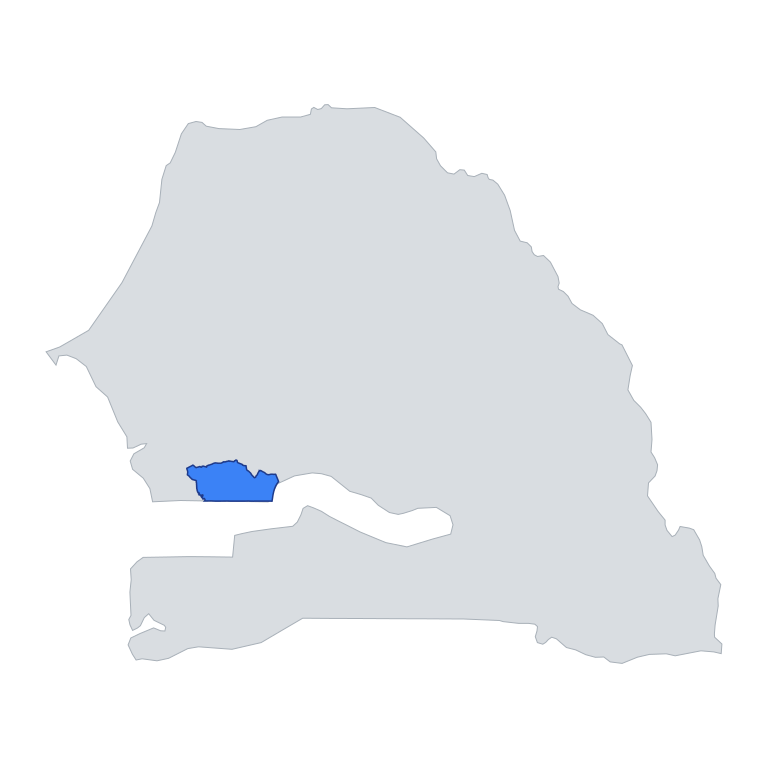 Nioro Du Rip, Kaolack, Senegal (highlighted)
{"feature_id": "50182788B29473400533502", "entity_name": "Nioro Du Rip", "entity_type": "district", "adm_level": 2, "iso_a3": "SEN", "parent_name": "Senegal", "parent_adm1": "Kaolack", "projection": "natural_earth1", "projection_center": [-15.905, 13.752], "detail": "fine", "context": "in_parent", "style": "filled", "palette": "blue", "viewbox_px": 768, "rotation_deg": 0, "n_neighbors": 0, "source": "geoboundaries", "source_scale": "gbopen_adm2", "svg_char_len": 8393}
<svg xmlns="http://www.w3.org/2000/svg" viewBox="0 0 768 768"><path d="M622.0,344.9L632.4,365.5L630.2,375.4L627.9,389.9L633.8,400.4L640.7,407.3L645.6,413.6L651.0,422.3L652.0,439.5L651.0,452.0L654.6,457.7L657.6,464.8L657.0,470.7L655.1,476.0L648.5,482.9L647.5,495.9L658.2,511.6L665.1,520.1L665.1,525.0L667.0,530.4L672.1,536.6L675.2,535.1L678.6,530.0L680.1,526.5L689.3,528.1L693.7,529.7L699.6,539.9L701.8,546.7L703.2,555.3L709.4,566.0L714.8,573.5L716.0,578.2L720.8,584.6L717.9,598.7L718.2,606.0L715.1,625.0L714.4,633.9L714.6,637.2L721.9,644.0L721.2,653.6L713.8,651.9L700.9,650.8L675.2,655.8L666.3,653.8L649.4,654.4L637.4,657.2L622.1,663.4L610.2,661.9L603.8,657.0L595.4,657.3L585.8,654.7L575.7,649.9L566.4,647.5L556.4,638.8L551.7,637.2L548.4,639.5L545.7,642.4L542.8,644.2L537.4,642.6L535.3,636.7L537.0,630.9L537.5,626.6L534.9,624.2L528.8,623.4L519.0,623.4L503.1,621.6L499.5,620.5L463.9,619.0L427.0,618.8L395.8,618.7L356.3,618.5L328.6,618.4L302.7,618.2L282.7,629.9L261.1,642.6L232.0,649.3L198.5,646.8L187.8,648.6L176.7,654.2L168.6,658.3L157.0,660.8L142.1,658.8L136.1,660.0L132.4,654.2L128.1,644.9L130.8,638.0L139.9,633.6L153.6,627.9L160.7,630.8L164.9,631.0L165.7,627.3L164.3,625.3L154.0,620.3L148.7,613.7L144.3,617.6L140.4,625.7L137.3,628.1L132.6,630.4L130.0,624.9L128.8,619.5L131.0,615.4L129.9,592.1L131.2,579.8L130.5,568.9L137.0,561.8L143.1,557.4L167.0,557.0L189.3,556.6L210.7,556.8L232.6,557.1L234.7,535.4L241.6,533.7L252.0,531.5L271.3,528.8L292.7,526.3L297.3,522.1L300.9,514.9L303.1,508.4L307.6,505.7L313.6,507.9L321.4,511.3L329.6,516.5L339.0,521.3L345.2,524.4L360.2,532.0L385.8,542.6L406.9,546.9L432.4,539.1L450.7,534.1L453.0,524.8L450.1,515.7L436.4,507.4L417.8,508.3L412.1,510.6L403.4,513.3L398.2,514.4L389.4,512.5L378.3,505.3L371.2,498.1L361.4,494.7L349.8,491.3L331.2,476.4L321.4,473.7L312.2,472.9L294.5,475.9L277.3,483.8L268.2,501.9L250.9,501.6L214.2,501.1L180.5,500.5L152.6,501.8L149.9,488.6L143.3,478.2L132.6,469.3L130.2,461.0L133.9,453.8L144.2,447.8L146.6,443.6L141.1,444.2L133.0,448.0L127.5,448.2L126.9,436.8L117.8,422.0L107.6,397.0L96.0,386.7L86.3,366.5L76.2,358.7L66.9,355.1L58.9,355.9L56.0,365.1L46.1,351.8L59.7,347.0L88.7,330.3L122.0,282.6L151.9,226.0L155.8,212.6L159.5,202.5L161.9,179.3L166.2,165.6L170.2,162.9L175.3,152.4L181.4,133.8L188.3,123.6L196.0,121.5L202.0,122.4L206.3,126.2L218.9,128.6L239.8,129.5L255.9,126.7L267.2,120.3L282.2,117.0L300.7,117.0L310.4,114.3L311.4,109.0L313.8,107.4L317.7,109.5L321.3,108.6L324.7,104.8L328.1,104.6L331.5,107.8L347.0,108.8L374.7,107.5L400.2,117.3L423.7,138.0L435.8,151.9L436.6,158.8L440.5,165.8L447.5,172.8L454.0,174.1L459.8,169.7L464.3,170.1L467.7,175.5L474.3,176.6L481.8,173.3L487.1,174.5L488.1,177.7L489.3,179.4L492.9,180.1L497.8,184.2L504.6,195.2L510.2,210.6L514.5,230.3L520.2,241.1L527.2,242.8L531.3,246.9L532.1,251.6L534.2,254.7L537.5,256.5L543.5,255.5L550.4,262.1L558.0,276.6L559.2,283.1L558.0,286.6L558.5,289.2L563.4,291.6L568.1,296.3L572.0,303.5L580.3,309.8L593.1,315.3L602.3,323.6L607.9,334.6L619.6,343.8L622.0,344.9Z" fill="#d9dde1" stroke="#a8b0b8" stroke-width="1"/><path d="M246.1,465.9L245.8,465.8L245.4,465.7L245.1,465.6L244.8,465.6L244.6,465.7L244.3,465.6L243.8,465.6L243.0,465.2L242.8,465.0L242.7,464.9L242.6,465.0L242.4,464.8L242.3,464.6L242.0,464.3L241.6,464.2L241.0,463.9L240.9,463.9L240.7,463.8L240.5,463.7L240.2,463.6L239.9,463.5L239.7,463.5L239.6,463.4L238.9,463.1L238.2,462.9L237.8,462.6L237.4,462.2L237.3,461.6L237.2,461.0L237.1,460.7L236.8,460.4L236.7,460.2L236.2,460.1L235.8,460.1L235.7,460.3L235.4,460.5L234.6,460.8L234.5,461.1L234.2,461.3L234.0,461.6L233.6,461.7L233.2,461.6L232.9,461.6L232.3,461.5L232.0,461.4L231.3,461.4L230.6,461.2L230.2,461.2L229.8,461.0L229.4,461.0L229.2,461.2L228.8,460.9L228.7,461.0L228.4,461.1L228.1,461.2L227.5,461.2L227.1,461.4L226.8,461.4L226.8,461.5L226.1,461.6L225.8,461.7L225.7,461.8L225.1,461.9L224.9,461.8L224.7,461.9L224.4,461.9L224.1,461.9L223.7,462.0L223.7,461.9L223.4,461.8L223.2,461.9L222.7,462.4L222.6,462.5L222.3,462.6L222.0,462.7L221.6,463.0L221.4,463.1L220.8,463.2L220.5,463.2L220.2,463.2L220.0,463.3L219.7,463.2L218.9,463.2L218.3,463.2L218.1,463.3L217.9,463.2L217.6,463.1L217.4,463.2L216.4,463.0L216.1,463.0L215.9,462.9L215.2,463.0L215.0,462.9L214.3,463.2L213.6,463.3L212.9,463.6L212.7,463.8L212.1,464.1L211.9,464.1L211.7,464.3L211.3,464.4L211.2,464.4L211.0,464.5L210.4,464.6L210.0,464.8L209.6,465.0L209.2,465.0L208.9,465.2L208.7,465.1L208.4,465.3L208.0,465.5L207.8,465.6L207.7,465.5L207.3,465.6L206.9,465.9L206.8,466.2L206.7,466.3L206.7,466.5L206.6,466.8L206.6,467.0L206.4,467.1L206.1,466.9L205.2,466.7L204.9,466.5L204.6,466.5L204.3,466.5L203.3,466.1L203.1,466.2L202.9,466.2L202.4,466.2L202.2,466.2L202.0,466.4L202.0,466.7L201.7,467.0L201.3,467.2L200.9,467.1L200.7,467.0L200.6,466.9L200.4,466.9L200.1,466.6L199.9,466.5L199.6,466.6L199.3,466.7L199.0,466.8L198.8,466.8L198.7,466.9L198.5,467.0L197.1,467.3L196.8,467.4L196.7,467.4L196.5,467.6L196.3,467.6L196.1,467.6L195.9,467.5L195.3,467.1L194.2,466.1L193.9,465.8L193.8,465.7L193.2,465.3L193.1,465.2L192.9,465.1L191.5,465.9L189.9,466.7L188.5,467.4L187.7,467.9L187.1,468.1L186.8,468.3L187.0,469.4L187.1,469.8L187.3,470.1L187.4,470.4L187.5,470.8L187.7,471.8L187.7,472.7L187.6,473.1L187.4,474.8L188.4,475.6L188.8,475.9L189.0,476.0L189.5,476.6L189.8,477.0L190.1,477.4L190.4,477.7L190.5,477.8L191.0,478.2L191.1,478.3L191.6,478.9L192.1,479.2L192.1,479.3L192.4,479.5L192.8,479.5L193.1,479.7L193.3,479.7L193.5,479.8L194.2,480.0L194.5,480.1L194.9,480.1L195.0,480.2L195.3,480.3L195.5,480.4L195.7,480.5L195.8,480.5L196.0,480.5L196.3,480.8L196.2,481.0L196.3,481.4L196.3,481.6L196.3,482.5L196.5,482.7L196.5,483.3L196.6,483.8L196.6,484.0L196.5,484.3L196.6,484.6L196.6,485.0L196.6,485.3L196.6,485.5L196.7,485.8L196.6,486.2L196.7,486.4L196.7,486.5L196.7,486.9L196.8,487.1L196.7,487.3L196.7,488.1L196.8,488.2L196.8,488.4L196.8,488.9L196.9,489.1L197.0,489.2L197.1,489.5L197.2,489.8L197.1,490.0L197.2,490.6L197.3,490.7L197.4,491.2L197.5,491.4L197.5,491.6L197.6,491.9L197.7,492.1L197.8,492.2L198.0,492.2L198.3,492.7L198.4,492.8L198.5,492.9L198.5,493.0L198.9,492.8L199.0,492.9L199.1,493.1L199.4,494.0L199.1,494.5L198.9,494.7L199.1,494.9L199.2,495.0L199.5,495.0L200.2,495.0L200.4,495.0L200.6,495.2L200.7,495.3L200.9,495.5L200.9,496.0L201.1,496.3L201.3,496.3L201.5,496.1L201.6,495.9L201.7,495.4L201.7,495.2L201.9,495.0L202.4,494.9L202.6,494.9L202.9,495.1L202.9,495.4L202.9,495.5L202.7,496.1L202.6,496.3L202.4,496.6L202.1,496.9L201.7,497.3L201.8,497.4L201.9,497.6L202.7,498.3L202.8,498.5L202.8,498.8L203.0,499.1L203.3,499.0L203.5,498.7L203.9,498.4L204.1,498.4L204.3,498.6L204.7,499.0L204.8,499.2L204.9,499.4L204.9,499.6L205.0,499.9L205.0,500.2L204.7,500.8L204.5,501.0L205.2,501.0L211.1,500.9L215.3,501.1L216.0,501.1L217.3,501.1L218.8,501.1L219.6,501.1L227.3,501.0L230.1,501.1L232.2,501.1L244.8,501.1L248.8,501.0L249.8,501.1L250.6,501.1L250.9,501.2L251.9,501.1L253.4,501.2L254.3,501.1L255.2,501.1L256.1,501.1L256.8,501.1L259.2,501.1L261.5,501.1L262.1,501.1L262.6,501.1L264.2,501.1L265.4,501.1L270.5,501.1L272.0,501.2L272.3,499.6L272.4,498.9L272.6,497.5L272.8,496.1L273.1,494.3L273.9,490.8L274.7,488.3L275.3,487.0L275.7,485.9L276.4,484.8L276.9,483.9L278.0,482.3L278.6,481.8L278.3,481.0L278.3,480.8L278.2,480.6L278.1,480.2L277.7,479.4L277.5,478.7L277.3,478.4L277.0,477.5L276.8,477.3L276.7,476.8L276.2,475.7L276.1,475.4L276.0,475.1L275.9,474.7L275.6,474.3L275.4,474.2L274.5,474.3L274.1,474.4L273.8,474.3L273.4,474.4L273.1,474.3L272.4,474.2L271.9,474.2L270.2,474.3L269.8,474.6L269.4,474.6L269.2,474.6L268.9,474.7L268.2,474.7L267.6,474.6L267.1,474.4L266.8,474.4L266.5,474.2L266.2,474.0L266.0,473.9L265.8,473.7L265.4,473.4L265.2,473.1L264.7,472.7L264.0,472.3L263.6,472.1L263.1,471.9L262.1,471.4L261.8,471.1L260.8,470.6L260.3,470.5L259.8,470.5L259.5,470.7L259.5,470.8L259.3,470.7L259.3,470.9L259.0,471.2L258.5,472.1L258.4,472.4L258.0,473.0L257.8,473.3L257.7,473.6L257.4,474.6L257.2,474.9L257.1,475.0L256.4,475.5L256.0,476.2L255.9,476.5L255.7,477.1L255.5,477.3L255.1,477.5L254.8,477.6L254.4,477.7L254.0,477.2L253.7,477.1L253.6,476.9L253.1,476.3L252.8,476.1L252.7,476.0L252.5,475.8L252.2,475.4L252.0,475.2L251.3,474.4L251.2,474.1L251.1,473.8L251.0,473.7L250.8,473.3L250.7,473.2L250.2,472.7L249.9,472.4L249.6,472.2L249.3,471.9L249.1,471.6L248.4,471.0L247.8,470.7L247.5,470.6L247.2,470.4L246.9,469.9L246.5,469.0L246.4,468.2L246.4,467.9L246.3,467.5L246.2,467.0L246.1,466.9L246.1,466.4L246.1,465.9Z" fill="#3b82f6" stroke="#1e3a8a" stroke-width="1.5"/></svg>